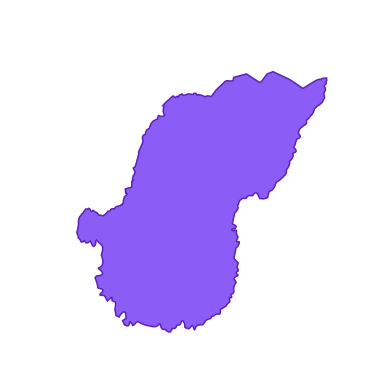 Zacazonapan, México, Mexico (Natural Earth projection), rotated 16°
{"feature_id": "50627088B85040406712653", "entity_name": "Zacazonapan", "entity_type": "district", "adm_level": 2, "iso_a3": "MEX", "parent_name": "Mexico", "parent_adm1": "México", "projection": "natural_earth1", "projection_center": [-100.25, 19.063], "detail": "fine", "context": "isolated", "style": "filled", "palette": "violet", "viewbox_px": 384, "rotation_deg": 16, "n_neighbors": 0, "source": "geoboundaries", "source_scale": "gbopen_adm2", "svg_char_len": 6073}
<svg xmlns="http://www.w3.org/2000/svg" viewBox="0 0 384 384"><g transform="rotate(16 192 192)"><path d="M90.9,246.8L90.6,249.0L90.9,251.4L91.8,254.3L92.5,259.3L92.3,261.7L92.4,262.5L93.1,263.7L95.2,266.5L95.1,267.1L95.3,267.5L96.4,267.9L97.1,268.4L99.4,270.6L100.5,270.3L101.2,269.6L102.0,268.5L104.3,270.2L105.8,269.5L106.4,268.9L107.4,267.6L107.8,267.3L109.4,268.8L111.2,271.2L112.0,271.2L112.6,271.4L113.1,270.8L113.6,269.6L113.7,268.0L113.0,265.9L113.3,264.6L114.4,265.1L116.5,266.4L118.4,267.2L119.9,268.0L121.4,269.8L122.0,272.1L122.2,274.0L122.2,277.5L123.8,280.0L125.5,283.2L125.9,285.6L125.7,287.8L124.6,289.3L123.0,290.9L123.1,291.3L124.5,292.1L125.3,292.2L127.5,293.5L128.2,294.5L128.4,295.1L128.4,295.6L128.0,296.7L126.8,297.5L123.9,298.7L123.0,299.5L123.0,300.2L122.5,301.0L123.5,302.6L125.5,305.3L127.3,308.5L127.7,310.0L129.7,310.3L132.4,310.1L133.2,310.9L133.5,311.4L133.5,312.3L133.0,313.4L132.2,314.5L131.7,315.6L132.1,316.4L132.4,316.6L134.8,315.6L136.6,316.2L138.1,317.2L138.7,318.2L140.6,320.0L143.8,315.3L144.2,315.4L145.1,318.5L148.3,318.8L149.4,320.0L150.3,326.3L153.1,331.8L156.5,332.3L157.0,329.7L158.9,326.2L160.9,325.9L161.3,326.4L163.5,331.2L162.4,332.9L160.7,334.8L163.6,338.2L165.8,338.7L167.5,338.2L168.0,337.2L168.2,336.4L168.1,335.3L167.7,334.0L168.5,333.9L170.7,335.3L171.7,336.6L172.8,335.9L174.6,332.2L175.3,331.6L176.6,331.7L179.4,332.3L182.8,332.7L187.0,332.6L189.8,332.3L192.3,332.1L194.4,331.3L195.7,330.2L196.6,329.0L197.0,327.8L197.6,327.7L198.4,328.3L199.2,330.0L199.8,330.9L201.3,331.9L202.5,331.9L203.5,331.6L204.4,331.6L206.1,332.5L207.6,332.9L208.6,333.0L209.5,332.6L210.3,331.1L210.7,328.6L211.0,328.4L212.4,328.1L213.4,327.5L213.9,326.6L214.1,324.9L214.4,324.3L216.8,323.1L217.3,322.1L217.5,320.7L217.4,319.4L217.7,318.8L218.4,318.4L219.2,318.6L221.1,320.6L222.5,324.0L223.2,324.3L226.2,324.4L226.8,324.2L227.5,323.0L228.6,320.7L229.2,320.2L230.0,320.6L231.8,323.5L232.3,323.7L232.7,322.9L232.9,320.6L233.5,319.6L233.5,319.1L234.2,318.5L236.6,317.4L238.2,317.0L239.1,316.3L240.2,313.3L240.5,311.8L241.5,310.8L244.4,308.6L245.0,307.9L245.1,306.4L247.1,305.0L248.6,303.0L249.2,302.6L251.2,302.2L252.0,301.8L252.6,300.9L251.8,296.8L254.1,294.6L255.0,293.3L255.7,293.0L256.2,292.2L256.5,290.9L257.1,289.3L258.2,287.9L258.5,286.7L258.1,285.4L257.2,284.1L257.0,283.6L259.0,282.6L259.1,281.9L258.8,281.3L257.8,280.5L257.6,280.2L257.7,279.7L257.9,279.3L258.9,278.8L259.4,278.3L259.8,276.7L259.3,275.0L258.5,272.6L258.5,269.1L259.4,267.0L258.6,265.8L257.8,265.1L256.4,264.1L256.2,263.4L256.5,262.5L257.6,261.1L258.7,260.3L259.2,259.7L258.9,258.9L257.8,258.5L256.7,257.5L257.1,256.2L258.1,255.1L257.9,253.9L255.9,251.7L256.0,247.5L250.8,244.4L250.4,242.3L250.0,235.7L249.8,234.6L249.7,233.8L250.8,232.0L251.5,228.9L251.4,227.6L250.9,226.8L249.3,227.3L248.5,227.3L248.2,226.1L248.3,224.6L248.7,222.7L247.2,221.2L246.6,220.1L245.6,218.9L245.7,218.1L245.6,217.2L245.2,216.7L244.5,216.5L242.6,217.7L241.4,218.0L240.6,217.6L240.6,216.6L243.0,215.4L243.7,214.8L244.0,212.9L242.5,212.1L240.8,211.8L240.0,211.6L239.6,211.4L239.1,205.2L238.9,200.2L239.3,199.3L239.7,199.0L240.8,195.8L240.7,194.4L240.0,193.5L239.6,191.8L240.1,190.8L239.8,189.7L240.0,188.9L240.1,187.8L240.4,186.8L242.5,184.0L243.4,183.5L243.9,183.4L244.5,183.7L245.1,183.6L245.7,183.3L246.2,182.2L246.5,180.8L248.3,179.5L251.4,178.8L251.9,177.0L252.5,175.9L253.1,175.3L254.1,175.1L254.6,175.2L255.0,175.7L255.8,175.6L256.1,176.4L258.8,179.6L262.6,178.9L265.0,177.5L266.2,176.6L266.0,170.1L268.3,168.4L269.3,166.3L270.0,163.8L270.0,161.5L270.3,160.5L270.4,159.3L272.4,157.3L274.2,154.6L277.1,149.3L277.3,148.0L277.2,146.8L276.7,144.9L276.7,144.3L276.9,143.8L277.4,143.0L277.7,141.2L278.1,139.8L277.8,138.3L277.9,137.3L277.4,135.6L277.5,135.1L278.6,133.3L279.0,132.2L279.3,130.5L279.1,128.8L278.4,127.6L278.4,127.1L278.6,126.6L279.7,126.0L280.4,125.2L280.7,124.6L280.8,124.1L280.5,123.2L279.4,122.2L278.3,121.7L278.0,121.4L277.7,121.1L277.5,120.3L278.0,118.4L278.0,114.1L278.1,113.0L278.4,112.2L278.9,111.4L279.9,110.9L280.4,110.4L280.6,109.9L280.8,109.0L280.7,108.5L280.5,108.2L279.3,107.1L278.8,106.8L278.1,105.7L277.9,104.7L278.0,102.7L278.4,101.4L278.8,100.6L279.7,99.2L280.3,98.6L280.7,97.3L280.9,97.0L281.9,96.7L282.2,96.1L282.8,95.3L283.1,94.4L283.0,93.8L282.5,92.9L282.3,91.8L282.5,91.1L283.7,89.5L284.3,87.6L286.1,84.2L286.8,81.6L286.8,80.3L286.8,78.4L287.1,77.7L288.9,74.8L290.8,72.6L291.6,71.0L292.3,70.4L292.5,70.0L292.7,69.5L292.8,67.6L293.3,65.6L293.4,65.1L293.1,63.8L291.9,61.8L291.8,61.1L291.7,60.3L291.9,58.7L292.2,57.7L292.1,56.9L291.2,55.0L290.3,54.2L290.1,53.6L290.1,53.0L290.3,52.4L291.0,51.1L291.0,50.4L290.4,49.1L290.8,47.6L289.9,45.3L285.8,46.9L284.9,48.3L283.1,48.6L280.5,50.5L270.1,61.8L255.0,57.0L236.7,54.0L231.6,57.9L228.2,66.9L226.5,68.0L211.8,63.5L200.4,70.4L200.8,73.7L198.1,74.9L194.9,75.3L193.4,76.5L187.2,87.1L184.2,94.9L180.6,95.2L177.8,96.9L175.5,96.4L171.2,96.5L170.8,97.4L170.3,97.6L168.6,96.1L166.7,96.5L166.1,98.0L161.1,98.8L158.0,101.2L157.2,101.4L155.3,100.5L153.0,102.6L152.5,104.4L151.1,104.2L150.1,105.9L147.8,104.9L147.1,105.1L141.5,114.0L140.2,117.1L141.0,117.0L142.2,122.9L144.6,126.0L142.6,127.7L138.6,127.9L138.7,131.1L135.0,134.7L133.7,137.7L133.4,142.6L132.3,143.8L131.6,144.4L131.0,145.9L131.2,149.3L129.4,151.1L129.3,153.5L131.1,157.0L129.6,168.3L130.3,170.3L130.5,183.2L128.9,185.2L131.7,188.3L131.8,190.7L131.0,192.6L131.2,196.0L132.4,197.1L131.2,198.1L132.7,204.0L129.0,206.1L127.0,207.6L128.6,211.5L129.9,211.3L130.3,212.2L129.4,213.4L128.4,215.1L128.4,220.1L129.0,221.2L128.3,222.7L128.6,223.3L128.2,223.6L127.5,223.8L127.0,224.4L127.0,224.8L123.8,226.5L123.1,227.2L122.3,228.4L121.8,229.7L120.1,229.9L118.8,231.0L118.4,232.8L117.5,233.3L116.5,233.7L115.6,235.9L114.5,237.6L113.1,239.2L112.1,239.7L111.4,239.4L110.4,239.4L109.9,239.7L108.6,239.8L106.7,238.3L105.8,238.0L103.5,237.7L103.0,237.4L102.6,236.8L101.9,237.0L101.9,237.6L100.5,238.5L99.6,237.8L98.1,236.2L96.9,236.3L96.5,237.3L94.7,237.5L93.3,240.7L93.1,242.3L92.1,243.5L91.7,244.9L90.9,246.8Z" fill="#8b5cf6" stroke="#5b21b6" stroke-width="1.5"/></g></svg>